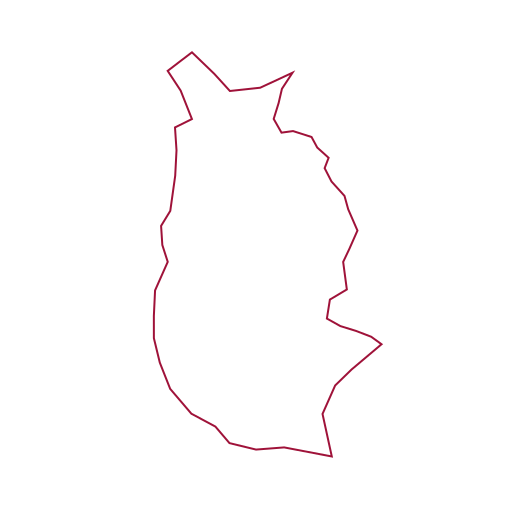 Agia Marina Skyllouras, Cyprus, rotated 201°
{"feature_id": "46923920B60275250769381", "entity_name": "Agia Marina Skyllouras", "entity_type": "district", "adm_level": 2, "iso_a3": "CYP", "parent_name": "Cyprus", "parent_adm1": "", "projection": "equal_earth", "projection_center": [33.126, 35.224], "detail": "fine", "context": "isolated", "style": "outline", "palette": "rose", "viewbox_px": 512, "rotation_deg": 201, "n_neighbors": 0, "source": "geoboundaries", "source_scale": "gbopen_adm2", "svg_char_len": 796}
<svg xmlns="http://www.w3.org/2000/svg" viewBox="0 0 512 512"><g transform="rotate(201 256 256)"><path d="M159.2,257.3L172.5,281.7L171.4,296.1L170.4,316.1L186.7,332.7L194.9,343.8L212.2,352.6L223.4,362.6L223.4,373.7L237.7,379.2L246.8,387.0L266.2,385.9L276.4,380.3L288.6,390.3L289.7,406.9L291.7,421.4L287.6,440.2L312.4,414.6L339.5,400.7L360.2,411.1L388.8,423.2L396.7,410.4L404.8,397.2L385.6,383.4L364.9,360.9L377.7,347.0L368.1,326.2L360.2,302.0L352.2,267.4L355.4,250.1L347.4,232.7L336.3,218.9L337.9,187.7L329.9,163.5L321.9,142.7L307.6,122.0L288.5,101.2L259.8,85.6L232.8,82.2L213.7,71.8L186.6,75.3L161.1,87.4L113.4,96.0L137.3,132.4L135.7,163.5L126.1,184.3L107.2,218.6L119.5,221.9L135.8,221.9L152.1,220.8L167.4,223.0L171.4,241.8L159.2,257.3Z" fill="none" stroke="#9f1239" stroke-width="2"/></g></svg>